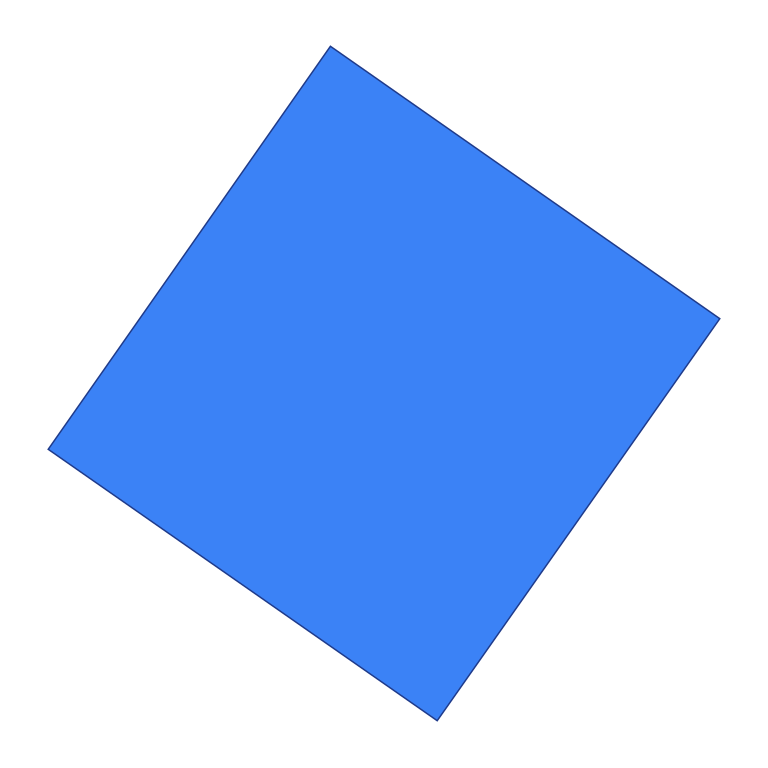 Grant, Kansas, United States of America, rotated 305°
{"feature_id": "52423323B71975870729571", "entity_name": "Grant", "entity_type": "district", "adm_level": 2, "iso_a3": "USA", "parent_name": "United States of America", "parent_adm1": "Kansas", "projection": "robinson", "projection_center": [-101.235, 37.562], "detail": "fine", "context": "isolated", "style": "filled", "palette": "blue", "viewbox_px": 768, "rotation_deg": 305, "n_neighbors": 0, "source": "geoboundaries", "source_scale": "gbopen_adm2", "svg_char_len": 243}
<svg xmlns="http://www.w3.org/2000/svg" viewBox="0 0 768 768"><g transform="rotate(305 384 384)"><path d="M629.9,146.4L137.9,146.4L138.7,620.7L630.1,621.6L630.1,482.8L629.9,146.4Z" fill="#3b82f6" stroke="#1e3a8a" stroke-width="1.5"/></g></svg>